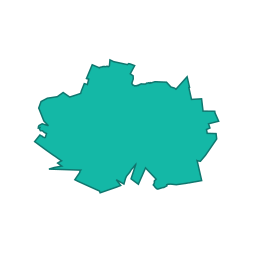 the district of San Francisco de Borja, Chihuahua, Mexico, rotated 117°
{"feature_id": "50627088B27910200343909", "entity_name": "San Francisco de Borja", "entity_type": "district", "adm_level": 2, "iso_a3": "MEX", "parent_name": "Mexico", "parent_adm1": "Chihuahua", "projection": "equal_earth", "projection_center": [-106.771, 27.891], "detail": "fine", "context": "isolated", "style": "filled", "palette": "teal", "viewbox_px": 256, "rotation_deg": 117, "n_neighbors": 0, "source": "geoboundaries", "source_scale": "gbopen_adm2", "svg_char_len": 3235}
<svg xmlns="http://www.w3.org/2000/svg" viewBox="0 0 256 256"><g transform="rotate(117 128 128)"><path d="M138.1,213.4L143.9,217.5L150.8,216.6L151.8,215.4L159.9,206.2L162.1,199.9L163.2,206.4L166.2,208.4L167.5,208.4L168.8,207.9L167.8,206.7L168.8,206.8L170.2,204.8L169.3,203.0L169.6,201.9L170.0,200.4L169.9,198.1L173.9,197.4L174.4,197.8L174.6,199.0L174.7,199.4L174.3,200.6L174.4,201.8L174.2,203.3L182.5,205.0L184.7,191.8L185.4,187.0L185.6,185.7L186.2,181.5L186.2,180.9L186.7,177.5L186.8,176.9L187.4,172.3L190.6,174.5L191.2,174.8L192.0,169.7L196.7,175.8L200.5,179.8L189.8,157.0L187.0,151.0L187.9,151.2L188.5,151.1L189.7,150.8L198.2,151.9L198.2,148.9L198.2,148.1L197.6,135.1L197.1,124.8L198.4,123.4L185.8,111.3L182.5,108.4L179.4,115.0L179.8,106.2L173.5,107.4L171.2,107.4L166.7,106.4L164.0,106.2L156.9,104.6L157.1,104.5L157.9,104.4L163.4,103.5L170.0,102.5L171.9,102.2L172.8,97.0L173.4,93.2L172.6,93.3L165.8,93.7L165.2,93.7L158.5,94.1L155.6,94.3L160.8,79.7L163.2,80.5L163.4,80.3L163.5,80.3L163.7,80.2L163.9,80.2L164.1,80.0L164.3,79.9L164.7,79.7L164.9,79.7L165.3,79.6L165.5,79.5L166.0,79.5L166.8,79.7L167.0,79.7L167.3,79.6L167.9,77.9L168.2,77.6L169.1,75.0L169.0,74.2L168.9,73.7L165.4,70.1L164.8,69.1L162.7,67.7L162.1,67.2L161.8,67.1L161.0,67.7L160.4,67.2L160.1,67.0L158.6,64.5L156.6,59.2L156.3,58.8L151.8,52.4L151.5,51.9L149.5,49.3L149.1,48.6L148.0,47.2L145.7,44.2L145.3,43.6L141.4,38.5L125.7,51.6L125.7,51.4L125.7,51.2L124.8,48.4L117.2,46.6L97.5,44.0L93.0,47.0L96.8,55.0L93.7,57.4L90.8,55.0L90.6,55.2L87.7,58.2L80.8,50.3L75.1,57.3L73.7,58.3L78.9,68.8L68.6,75.7L73.7,84.4L64.4,92.1L63.9,91.6L55.5,98.6L71.7,102.9L71.3,104.5L72.0,108.3L69.7,114.5L73.9,123.6L74.2,124.3L74.5,124.9L75.1,125.6L76.4,126.9L77.2,127.8L77.4,128.2L77.6,128.2L77.6,128.3L77.4,128.7L77.5,128.9L78.2,128.9L78.4,129.1L78.4,129.4L78.3,129.6L78.3,130.1L78.9,130.7L79.2,131.0L79.3,131.4L79.4,131.6L79.6,131.8L79.8,131.9L80.0,132.0L80.4,132.1L80.7,132.2L81.0,132.5L81.2,132.8L81.3,133.2L81.5,133.6L82.0,134.6L82.3,135.2L82.4,135.6L82.6,136.1L82.8,136.3L82.9,136.5L83.1,136.6L83.4,136.9L83.5,137.0L83.9,137.1L84.0,137.3L84.1,137.5L84.4,137.8L84.7,137.9L85.0,138.0L85.3,138.0L85.5,138.5L85.6,138.9L85.7,139.0L85.8,139.1L86.1,139.1L86.3,139.5L86.6,139.6L86.8,139.8L86.9,140.1L86.9,140.4L87.0,140.6L87.1,140.8L87.3,140.9L87.4,141.1L87.5,141.2L87.6,141.4L87.5,141.7L87.4,142.0L87.4,142.3L87.4,142.6L87.5,142.8L87.6,143.0L87.4,143.4L87.2,143.6L87.2,143.9L86.9,144.2L86.5,144.9L81.9,145.6L79.2,147.1L78.7,150.6L69.4,150.4L69.9,154.9L70.3,156.6L71.8,157.3L75.2,170.2L75.4,171.0L75.5,175.0L81.0,172.8L82.4,173.4L82.5,173.7L82.5,174.0L82.4,174.4L82.4,174.6L82.5,174.8L82.9,175.1L83.0,175.2L83.2,175.3L83.3,175.5L83.5,175.7L83.5,175.8L83.6,176.1L83.7,176.3L83.8,176.4L83.8,176.5L83.9,176.9L84.0,176.9L84.2,177.1L84.3,177.2L84.3,177.4L84.4,177.7L84.4,178.0L84.6,178.2L84.7,178.3L84.9,178.5L85.2,178.8L85.4,178.8L85.5,179.0L86.0,179.7L86.3,180.1L86.6,180.5L86.8,180.6L87.0,180.6L87.3,180.6L87.4,180.9L87.4,181.1L87.4,181.3L87.8,187.3L87.9,188.6L90.5,188.4L102.3,187.5L102.8,187.5L102.8,187.3L102.3,185.2L107.7,183.9L107.7,184.1L108.3,187.1L115.9,186.4L118.7,185.9L121.4,188.5L126.9,194.0L125.8,201.9L132.2,205.2L138.1,213.4Z" fill="#14b8a6" stroke="#0f766e" stroke-width="1.5"/></g></svg>